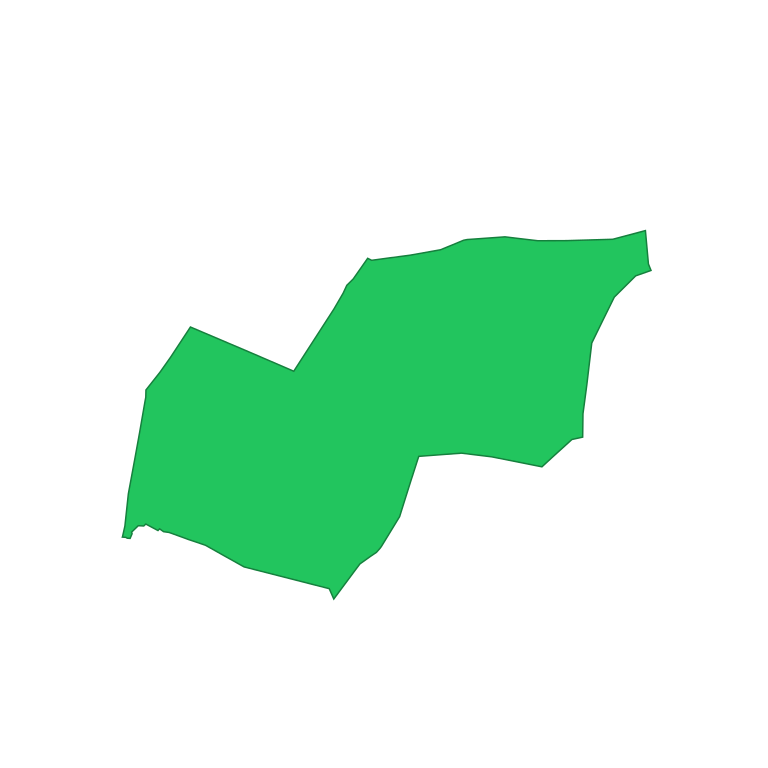 San Pedro Totolápam, Oaxaca, Mexico (orthographic projection), rotated 143°
{"feature_id": "50627088B25351839597383", "entity_name": "San Pedro Totolápam", "entity_type": "district", "adm_level": 2, "iso_a3": "MEX", "parent_name": "Mexico", "parent_adm1": "Oaxaca", "projection": "orthographic", "projection_center": [-96.209, 16.658], "detail": "fine", "context": "isolated", "style": "filled", "palette": "green", "viewbox_px": 768, "rotation_deg": 143, "n_neighbors": 0, "source": "geoboundaries", "source_scale": "gbopen_adm2", "svg_char_len": 1238}
<svg xmlns="http://www.w3.org/2000/svg" viewBox="0 0 768 768"><g transform="rotate(143 384 384)"><path d="M451.3,268.7L437.5,278.6L424.6,287.8L418.7,292.0L416.5,293.5L414.0,295.3L399.8,305.3L363.8,282.2L341.8,261.0L307.7,222.8L294.7,224.1L267.3,226.6L257.3,222.0L243.0,240.5L234.2,249.4L222.5,261.3L193.4,291.7L170.4,303.4L147.8,314.8L117.9,318.9L102.4,314.0L100.6,320.7L82.9,349.2L114.2,361.9L151.9,388.6L161.8,396.0L174.9,405.8L188.4,418.7L198.8,428.7L227.7,447.4L230.6,449.3L233.9,450.9L248.2,454.6L258.1,457.2L285.7,471.2L302.8,480.9L319.4,490.2L321.4,494.2L345.4,486.4L354.3,485.2L362.0,481.1L378.9,474.0L448.4,448.5L462.9,474.0L472.6,491.0L504.3,546.0L509.3,544.2L538.4,533.8L555.9,528.2L577.7,522.5L582.2,516.8L585.7,513.6L608.3,492.4L627.9,474.3L637.4,465.6L654.2,450.2L676.4,426.5L684.4,419.7L685.1,419.2L682.4,416.8L681.9,415.4L679.7,413.5L675.3,416.0L674.7,417.6L665.5,418.7L661.3,415.2L658.5,415.5L652.7,403.0L650.4,403.4L648.9,398.7L645.0,394.8L636.7,382.1L633.7,377.4L630.1,372.2L623.6,362.6L615.2,343.4L605.8,322.1L550.9,253.5L553.5,242.5L537.2,247.3L519.5,252.5L511.5,254.8L499.3,254.5L491.3,254.1L485.9,255.2L483.9,255.8L469.2,261.6L459.6,265.4L451.3,268.7Z" fill="#22c55e" stroke="#15803d" stroke-width="1.5"/></g></svg>